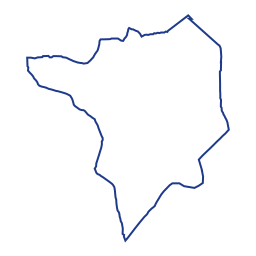 the district of Abu Jubayhah, South Kordufan, Sudan
{"feature_id": "16777658B72808091845483", "entity_name": "Abu Jubayhah", "entity_type": "district", "adm_level": 2, "iso_a3": "SDN", "parent_name": "Sudan", "parent_adm1": "South Kordufan", "projection": "mercator", "projection_center": [31.566, 10.99], "detail": "fine", "context": "isolated", "style": "outline", "palette": "blue", "viewbox_px": 256, "rotation_deg": 0, "n_neighbors": 0, "source": "geoboundaries", "source_scale": "gbopen_adm2", "svg_char_len": 3765}
<svg xmlns="http://www.w3.org/2000/svg" viewBox="0 0 256 256"><path d="M191.5,18.8L191.1,18.4L190.5,17.8L190.4,17.7L189.3,16.5L189.1,16.3L189.0,16.2L188.9,16.1L188.5,15.7L188.4,15.6L188.2,15.4L178.0,23.2L167.9,30.9L167.4,31.9L165.8,31.6L164.3,32.5L161.0,32.5L159.6,33.1L158.5,32.9L157.5,32.8L155.9,33.5L154.2,33.2L153.2,34.2L152.1,34.2L150.0,34.3L148.5,34.9L146.3,34.7L144.7,34.9L141.6,36.6L140.8,35.3L140.4,34.2L138.8,32.4L137.6,31.3L135.9,30.8L134.3,30.0L132.9,29.3L131.7,29.3L129.1,28.0L128.4,29.0L127.9,31.5L127.3,33.1L127.1,34.9L125.9,37.1L124.4,38.6L123.9,39.7L123.1,40.9L121.1,40.6L117.9,38.5L111.7,38.5L110.1,39.1L109.0,39.2L105.0,39.3L100.5,39.4L100.2,39.9L99.7,40.8L99.5,41.2L99.5,41.4L99.5,41.6L99.4,43.2L99.4,43.4L99.4,43.5L99.3,44.1L99.0,45.4L98.6,47.1L98.4,47.8L98.3,48.2L98.2,48.5L98.1,48.8L97.9,49.5L97.7,50.1L97.5,50.7L97.2,51.1L96.6,51.8L95.7,53.1L95.3,53.6L95.0,54.0L94.9,54.2L94.8,54.4L94.7,54.6L94.4,55.2L94.0,55.8L93.4,57.0L93.2,57.4L93.0,57.6L92.8,57.8L92.4,58.2L91.9,58.7L91.3,59.4L90.3,60.5L89.6,61.1L87.5,63.0L86.4,63.2L84.3,63.5L83.7,63.6L83.1,63.4L82.7,63.3L81.9,63.1L81.5,63.0L81.1,63.0L80.8,63.0L79.5,62.8L78.4,62.6L77.9,62.5L77.6,62.5L77.1,62.3L75.8,61.8L75.0,61.6L73.8,61.2L73.5,61.1L72.6,60.7L72.0,60.4L70.9,59.9L69.5,59.3L69.2,59.1L68.6,58.9L67.1,58.1L66.3,57.7L64.2,57.4L62.7,57.2L61.4,56.3L58.1,56.2L56.1,56.1L53.3,56.1L51.7,57.3L49.7,57.3L48.4,55.9L47.1,56.0L43.0,56.1L42.4,57.1L41.3,57.2L40.0,57.3L38.0,57.3L36.6,57.8L34.8,58.4L31.2,57.7L27.2,57.7L27.5,66.3L28.3,67.3L28.0,70.6L30.0,72.9L31.7,74.6L33.1,76.4L34.1,78.4L36.1,80.5L37.4,82.4L37.6,83.2L38.0,84.2L39.3,85.7L41.7,86.6L43.6,87.0L46.2,87.7L48.6,88.8L51.9,89.6L55.7,90.8L58.6,91.4L61.8,92.3L65.1,93.3L67.0,94.0L68.7,94.9L70.2,95.7L71.2,97.3L72.1,98.8L73.1,101.9L73.8,104.7L74.9,106.0L76.7,107.3L79.6,109.4L81.4,110.0L83.4,110.2L84.7,110.8L86.3,112.7L88.0,114.7L90.3,116.1L92.2,117.6L94.7,119.2L95.5,121.6L97.6,125.2L98.6,128.3L101.6,136.0L102.7,138.1L102.6,140.3L101.8,141.4L101.9,144.2L101.3,147.5L100.2,151.0L100.1,151.3L100.0,151.6L99.9,151.9L99.5,153.4L99.3,153.9L99.1,154.7L98.8,155.6L98.0,158.1L97.8,158.7L97.8,158.8L97.7,159.1L96.3,163.4L96.1,166.4L94.7,168.7L95.3,169.9L95.3,170.0L95.4,170.3L96.0,171.9L96.7,173.3L97.9,174.2L99.5,174.8L100.8,175.9L103.1,177.3L105.3,178.9L108.4,181.1L110.3,182.5L112.1,183.9L113.2,185.2L114.3,187.1L114.9,190.3L115.2,193.9L115.6,197.7L116.2,199.5L116.4,203.1L116.7,205.2L116.7,205.3L116.7,205.7L116.8,206.4L116.9,207.1L117.0,207.7L117.1,208.4L117.5,210.0L117.7,210.8L118.7,212.0L119.3,213.7L119.7,216.7L120.4,219.0L120.8,221.3L121.8,223.0L122.4,226.2L122.8,228.7L122.6,233.9L124.1,234.9L123.8,236.0L124.4,238.0L125.4,240.6L127.7,237.9L135.7,227.5L139.6,222.6L144.5,216.7L146.3,215.0L147.3,213.9L148.2,212.1L149.6,210.5L151.8,208.4L153.3,207.3L154.9,205.8L155.6,204.0L157.2,201.1L157.3,201.0L161.2,194.6L163.7,191.4L169.7,185.2L172.4,183.3L179.3,183.3L184.1,186.2L194.5,187.9L198.8,185.7L202.8,183.0L203.1,176.5L202.5,173.7L202.4,172.9L202.3,172.5L202.3,172.3L202.2,172.0L202.2,171.8L202.1,171.6L202.1,171.4L202.1,171.2L202.0,170.9L202.0,170.7L201.9,170.7L201.6,169.0L198.8,159.6L202.6,155.5L211.9,146.6L217.1,141.4L220.4,138.3L223.0,135.6L223.9,134.8L225.0,133.9L228.8,129.7L227.8,124.5L227.4,122.3L226.4,119.7L225.0,117.2L224.6,116.2L224.1,115.3L223.6,114.7L223.1,113.0L221.8,110.9L221.6,108.4L221.6,107.8L220.8,106.5L220.9,104.5L220.9,103.0L221.0,101.9L221.0,99.7L220.3,98.3L220.3,95.4L220.3,93.9L220.1,90.7L220.1,88.0L220.1,83.1L220.0,79.0L219.9,74.7L219.9,72.3L219.9,71.5L220.9,70.3L221.1,61.3L221.1,61.6L220.9,61.7L221.3,56.7L221.0,52.5L221.0,52.4L221.0,52.1L221.0,51.9L220.9,51.3L220.7,48.6L220.3,47.3L219.4,45.5L218.7,45.1L217.6,44.2L195.1,24.1L189.1,18.8L191.5,18.8Z" fill="none" stroke="#1e3a8a" stroke-width="2"/></svg>